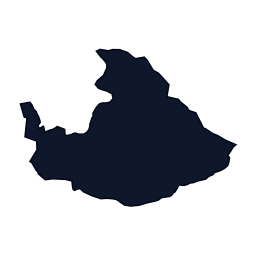 Riyom, Plateau, Nigeria (Robinson projection), rotated 273°
{"feature_id": "59680162B48237076936000", "entity_name": "Riyom", "entity_type": "district", "adm_level": 2, "iso_a3": "NGA", "parent_name": "Nigeria", "parent_adm1": "Plateau", "projection": "robinson", "projection_center": [8.695, 9.582], "detail": "fine", "context": "isolated", "style": "filled", "palette": "ink", "viewbox_px": 256, "rotation_deg": 273, "n_neighbors": 0, "source": "geoboundaries", "source_scale": "gbopen_adm2", "svg_char_len": 2120}
<svg xmlns="http://www.w3.org/2000/svg" viewBox="0 0 256 256"><g transform="rotate(273 128 128)"><path d="M61.8,173.0L63.0,175.0L65.0,176.3L66.9,178.4L70.4,180.3L73.2,181.7L73.8,182.1L73.6,185.4L73.7,187.5L75.0,190.8L76.2,192.2L76.4,193.7L76.6,194.5L76.8,195.8L77.1,196.6L78.9,200.9L81.0,208.2L82.0,209.2L83.9,211.2L85.5,214.4L85.9,215.4L87.8,216.3L89.9,221.5L90.1,222.0L90.9,223.5L92.9,226.6L95.6,229.5L95.8,229.6L98.8,230.3L99.5,230.5L102.6,230.8L103.7,230.9L105.9,229.1L110.7,232.0L112.6,233.0L114.5,234.0L116.4,236.0L116.9,236.7L121.1,225.6L125.2,217.8L126.7,213.1L131.4,205.3L131.9,203.4L146.7,194.9L148.7,187.8L151.8,185.9L157.2,178.4L159.2,177.0L161.3,165.3L161.4,165.2L173.3,166.6L181.6,158.4L184.3,155.5L186.9,150.2L194.4,145.1L196.5,143.8L199.6,140.6L197.6,131.8L199.2,129.1L203.4,123.6L205.5,116.4L205.8,116.1L205.5,108.4L204.2,105.0L204.1,104.5L205.0,95.9L203.1,92.4L200.5,94.6L197.8,96.9L196.0,99.1L192.4,102.4L190.6,103.5L186.9,103.7L182.2,101.9L179.4,100.9L176.5,97.9L175.6,96.9L173.6,94.9L169.8,93.0L166.3,96.3L165.4,98.5L164.6,101.7L163.8,104.9L161.3,110.3L156.7,111.6L152.9,108.6L151.8,104.4L151.7,101.3L150.6,98.2L148.6,96.7L146.9,95.3L146.8,95.2L143.5,93.6L141.1,92.3L137.4,92.5L136.4,91.5L132.7,90.6L129.9,89.7L128.0,89.8L124.3,89.0L121.4,87.0L119.5,83.9L119.4,81.8L119.3,78.7L120.1,76.5L120.0,74.4L118.6,72.0L117.3,67.8L117.7,65.5L123.3,64.8L125.8,57.2L124.8,56.2L122.8,53.2L121.8,50.1L120.8,48.0L119.3,44.9L120.7,44.8L125.2,43.6L125.4,43.4L122.9,39.6L125.5,37.9L129.2,40.1L132.5,39.0L135.2,37.8L137.0,36.6L139.7,35.4L141.5,33.2L146.0,30.9L148.6,28.7L146.4,19.3L133.5,23.8L132.8,26.6L113.8,25.6L110.2,37.5L101.5,38.3L89.4,31.8L88.7,33.5L81.9,38.0L81.2,38.4L80.6,38.8L80.0,40.1L77.6,40.8L72.0,48.1L73.3,55.0L73.4,60.0L73.4,68.4L72.9,71.1L72.1,74.9L68.8,75.3L65.7,75.9L63.7,76.5L62.9,78.2L64.5,80.3L64.5,81.9L65.4,82.8L61.9,87.1L60.1,91.5L58.3,96.1L56.0,104.7L56.7,110.3L56.6,116.1L56.1,119.8L54.4,123.1L53.5,124.2L51.2,128.0L50.9,128.5L50.2,134.9L50.6,137.3L51.5,143.3L54.1,150.4L56.1,157.6L57.4,161.8L60.2,165.1L60.7,167.4L61.8,173.0Z" fill="#0f172a" stroke="#020617" stroke-width="1.5"/></g></svg>